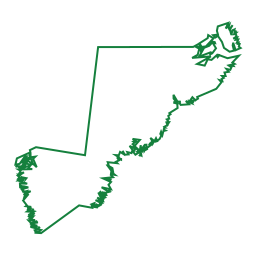 Kommuneqarfik Sermersooq, orthographic projection
{"feature_id": "GRL-2739", "entity_name": "Kommuneqarfik Sermersooq", "entity_type": "state/province", "adm_level": 1, "iso_a3": "GRL", "parent_name": "Greenland", "parent_adm1": "", "projection": "orthographic", "projection_center": [-36.556, 66.454], "detail": "fine", "context": "isolated", "style": "outline", "palette": "green", "viewbox_px": 256, "rotation_deg": 0, "n_neighbors": 0, "source": "natural_earth", "source_scale": "10m", "svg_char_len": 5862}
<svg xmlns="http://www.w3.org/2000/svg" viewBox="0 0 256 256"><path d="M198.7,43.9L201.0,46.7L196.0,46.9L199.3,48.7L197.7,54.8L192.1,57.9L210.9,56.4L197.1,64.0L204.7,65.6L207.7,59.3L211.5,59.9L217.3,54.7L218.0,54.8L216.9,55.8L217.6,57.2L219.4,55.2L227.5,58.2L238.9,55.7L232.4,62.5L234.6,63.9L228.6,65.4L231.4,67.4L230.3,69.8L226.4,68.9L228.8,71.8L224.5,72.5L225.6,76.0L222.0,76.0L223.8,77.9L221.6,79.0L222.3,81.0L219.6,80.2L221.4,82.3L216.3,88.8L197.2,97.0L198.0,98.6L195.4,100.1L196.2,101.0L192.4,97.2L191.0,99.2L191.7,100.5L189.5,100.6L191.6,103.2L185.8,101.0L189.0,104.3L180.7,104.9L179.3,102.3L180.7,101.6L177.5,101.6L173.5,94.8L173.6,98.6L177.0,102.9L174.3,102.2L174.2,102.8L177.2,103.6L177.6,108.0L169.4,113.1L170.5,114.2L168.3,115.9L169.2,118.7L166.8,119.4L168.7,121.7L166.4,122.3L167.5,125.1L164.3,126.8L165.2,127.6L164.2,127.6L164.1,130.1L164.8,131.2L163.6,130.4L162.4,135.0L161.1,131.7L160.3,133.9L161.3,135.7L159.5,139.1L157.1,140.7L156.0,138.2L155.0,140.1L156.6,141.3L155.2,141.7L150.4,137.9L152.6,141.6L151.5,142.4L152.1,142.4L152.4,144.3L151.1,142.6L149.6,144.4L151.4,144.7L146.6,148.2L146.4,144.7L144.8,144.8L141.2,149.6L140.7,145.2L139.8,150.8L136.0,147.4L134.6,148.6L135.1,145.4L139.9,139.9L132.6,138.9L136.0,141.3L133.6,141.7L134.7,142.5L132.7,144.1L133.8,144.9L133.2,147.7L129.6,145.9L132.5,150.0L131.5,153.1L127.3,152.1L128.5,154.4L124.7,154.7L122.7,150.8L123.6,154.1L120.1,151.9L118.8,155.3L115.5,155.1L118.8,157.2L117.5,158.1L118.9,160.4L115.9,161.8L117.3,163.2L107.7,162.2L108.6,165.0L107.3,165.3L111.4,170.8L110.8,175.0L113.0,177.2L102.8,178.3L111.0,182.0L108.5,184.8L111.0,189.3L101.6,187.3L108.9,191.9L105.3,192.8L106.1,194.4L104.1,192.0L106.4,195.1L105.4,195.5L103.0,191.9L104.3,195.1L102.3,192.5L101.5,193.2L103.3,194.6L105.2,197.0L102.9,194.7L101.8,194.4L100.4,191.9L98.7,193.4L102.2,200.3L97.3,197.5L101.2,202.0L95.5,200.1L100.4,202.7L99.0,205.5L96.8,204.7L94.0,205.6L94.3,203.2L91.6,204.3L93.2,205.3L91.7,205.2L92.3,207.8L79.1,205.4L41.1,233.1L34.5,232.7L39.9,232.7L39.1,231.6L41.0,230.0L36.9,229.3L40.1,227.1L35.0,230.0L36.3,228.4L33.2,227.6L35.6,226.8L34.6,226.6L35.0,225.8L36.2,226.0L36.4,225.5L30.0,223.7L38.0,222.4L35.7,222.3L37.2,221.1L30.8,222.8L28.4,220.3L35.1,220.1L30.8,219.5L33.1,216.7L30.4,217.4L34.6,213.0L29.8,217.3L28.7,216.3L30.8,214.0L28.3,215.1L34.4,211.4L32.3,210.8L33.5,208.6L31.3,211.8L27.0,211.5L29.0,210.0L27.0,209.0L30.1,210.4L30.8,208.6L27.3,208.3L31.2,206.9L25.9,206.2L26.9,205.4L23.1,200.5L28.6,194.0L24.4,196.8L25.2,194.1L30.7,191.2L26.2,192.2L24.9,194.1L23.7,195.0L26.7,191.1L23.7,191.8L23.1,188.8L28.3,187.4L23.8,186.3L22.1,186.5L20.7,187.3L22.3,185.5L20.1,186.8L19.9,183.5L27.2,183.7L19.4,181.0L23.9,179.9L20.9,179.7L21.7,177.5L22.8,178.6L25.7,178.6L25.6,179.2L26.4,178.2L21.6,177.2L20.5,180.0L19.4,179.0L18.2,178.8L19.5,177.4L17.9,175.8L19.6,175.5L18.3,174.4L21.1,174.1L24.0,172.4L19.1,173.6L20.6,170.8L18.4,169.5L32.3,169.1L28.1,168.5L30.4,165.5L20.4,168.6L18.9,167.3L21.4,167.6L18.3,166.1L25.0,167.0L26.0,166.4L24.5,165.7L26.4,163.5L30.7,164.9L32.3,164.1L27.0,159.9L30.9,158.6L32.7,163.5L36.7,167.2L33.1,158.8L35.4,156.6L30.6,157.3L30.5,152.7L29.9,150.1L36.0,147.2L85.0,155.2L98.1,47.1L193.3,46.9L198.7,43.9ZM228.3,22.9L225.7,28.5L229.3,24.9L228.5,27.7L229.3,29.3L232.6,25.2L229.9,29.6L231.4,35.0L232.4,30.3L234.5,29.4L234.1,30.7L235.6,31.3L234.7,32.5L236.3,32.6L234.4,34.2L235.9,34.1L236.6,36.3L235.5,35.4L236.6,36.6L233.2,38.6L237.1,37.6L235.7,39.8L238.3,39.5L236.8,42.7L238.6,42.5L237.9,43.9L239.6,44.0L238.8,46.6L240.6,48.0L235.6,50.2L233.2,42.7L232.7,45.4L234.0,50.6L229.6,51.7L224.0,47.9L222.0,42.0L217.9,35.9L215.4,37.5L213.1,35.2L218.0,34.6L216.9,30.8L217.8,26.4L228.3,22.9ZM216.0,48.3L212.4,53.1L210.7,52.3L199.1,56.6L204.1,47.8L209.2,45.8L212.4,42.3L216.0,48.3ZM208.2,35.1L213.5,38.3L205.9,46.4L201.7,46.9L199.5,43.3L207.7,38.1L208.2,35.1ZM29.3,152.8L29.8,157.4L25.2,159.2L26.8,156.3L25.0,156.3L19.6,163.9L15.4,164.6L16.9,158.4L29.3,152.8ZM139.1,151.0L137.3,151.8L138.8,152.6L135.4,154.7L133.4,152.1L135.8,148.2L139.1,151.0ZM115.0,174.9L112.1,174.5L111.4,170.1L109.5,166.4L112.4,168.1L113.2,172.2L112.3,172.8L115.0,174.9ZM104.9,197.5L102.5,198.3L99.0,193.4L100.6,193.0L102.5,196.0L104.9,197.5ZM27.5,161.5L23.5,166.0L22.0,165.8L25.8,160.6L27.5,161.5ZM200.9,50.9L200.5,48.1L203.5,47.5L202.9,49.1L200.9,50.9ZM93.7,205.7L97.9,207.5L92.8,206.7L93.7,205.7ZM24.3,162.1L21.2,162.6L25.4,160.2L24.3,162.1ZM107.0,179.2L110.6,179.6L110.4,180.1L107.3,179.9L107.0,179.2ZM231.0,65.7L232.8,64.8L233.6,66.0L231.0,65.7ZM193.8,100.8L192.8,102.5L191.6,101.2L192.6,100.6L193.8,100.8ZM143.3,148.3L144.2,147.4L145.2,147.4L144.3,150.4L143.3,148.3ZM140.7,151.6L141.2,154.4L139.5,152.5L140.7,151.6ZM210.0,53.7L212.0,53.4L210.2,54.4L210.0,53.7ZM103.5,199.0L102.9,200.4L102.1,199.0L103.5,199.0ZM142.8,148.9L142.6,151.4L141.3,150.0L142.8,148.9ZM121.1,159.0L121.1,159.7L118.6,158.6L121.1,159.0ZM100.6,205.1L101.9,202.5L101.8,203.3L100.6,205.1ZM22.6,188.2L21.3,188.6L21.0,187.5L22.1,186.7L22.6,188.2ZM31.8,225.3L34.4,225.2L34.7,225.9L31.8,225.3ZM23.9,186.7L23.0,188.4L22.7,187.7L23.9,186.7ZM38.1,231.8L35.4,231.5L35.1,231.0L38.1,231.8ZM146.2,148.8L147.8,148.7L146.2,149.6L146.2,148.8ZM15.6,167.0L17.2,165.7L17.2,166.1L15.6,167.0ZM101.3,201.1L102.5,200.5L103.2,201.4L102.5,201.9L101.3,201.1ZM213.2,41.8L214.7,42.1L215.1,43.2L214.4,43.1L213.2,41.8ZM139.7,155.4L140.4,154.4L141.1,155.1L141.0,155.4L140.5,155.0L139.9,155.5L139.7,155.4ZM164.4,130.0L165.4,130.5L164.6,130.7L164.4,130.0ZM19.0,179.3L19.8,180.0L18.1,180.3L19.0,179.3ZM153.2,142.8L153.2,141.7L153.9,141.6L153.2,142.8ZM29.5,218.6L30.8,218.5L30.7,219.1L29.5,218.6ZM108.1,190.9L109.4,190.6L109.6,190.8L108.1,190.9ZM22.3,188.8L22.2,190.0L21.7,189.1L22.3,188.8ZM168.1,123.8L168.1,122.7L168.9,122.5L168.1,123.8ZM97.2,205.5L97.9,206.2L98.4,206.2L97.5,206.7L97.2,205.5ZM30.4,226.6L31.6,225.9L32.7,226.4L30.4,226.6Z" fill="none" stroke="#15803d" stroke-width="2"/></svg>